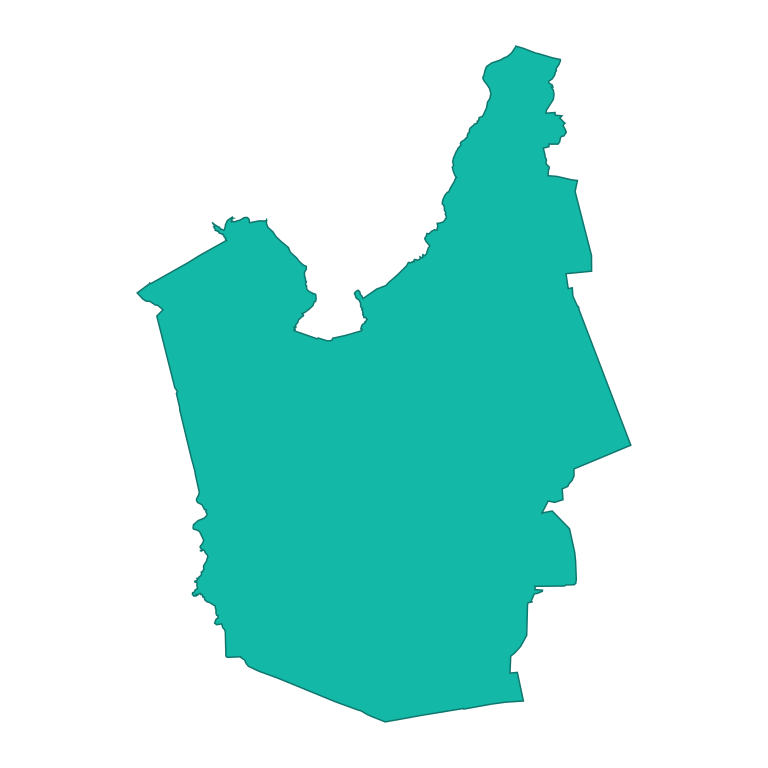 outline of Lunca Corbului, Arges, Romania
{"feature_id": "2599482B7235716813280", "entity_name": "Lunca Corbului", "entity_type": "district", "adm_level": 2, "iso_a3": "ROU", "parent_name": "Romania", "parent_adm1": "Arges", "projection": "mercator", "projection_center": [24.731, 44.682], "detail": "fine", "context": "isolated", "style": "filled", "palette": "teal", "viewbox_px": 768, "rotation_deg": 0, "n_neighbors": 0, "source": "geoboundaries", "source_scale": "gbopen_adm2", "svg_char_len": 6091}
<svg xmlns="http://www.w3.org/2000/svg" viewBox="0 0 768 768"><path d="M463.7,709.1L490.8,704.2L505.4,702.2L523.4,701.0L517.3,672.4L510.0,673.1L510.7,656.2L515.0,652.7L520.7,646.3L526.7,635.4L527.5,604.8L528.1,602.7L532.7,601.8L530.8,601.7L534.4,593.8L537.4,593.4L542.3,591.3L542.5,590.2L535.3,589.6L534.8,586.3L564.5,586.0L566.0,585.0L574.3,584.7L575.8,583.2L576.3,579.3L575.6,561.3L574.7,552.3L569.5,528.7L552.2,511.0L542.0,513.0L548.2,501.0L554.6,502.4L563.0,499.7L562.2,488.9L567.8,486.4L568.9,483.9L572.1,480.4L574.0,475.9L574.0,468.9L630.8,445.2L579.2,310.2L578.5,306.8L577.2,305.7L572.9,296.2L572.3,287.8L568.2,288.6L566.0,273.7L591.6,271.2L591.5,255.5L575.1,191.5L577.4,180.5L571.6,179.8L556.9,176.4L548.0,175.7L548.5,169.9L549.1,168.8L549.2,167.2L548.9,166.5L546.6,164.6L545.9,162.1L546.5,160.4L546.2,159.0L544.9,156.6L545.0,154.9L543.3,148.1L549.0,146.7L548.9,144.1L558.0,144.1L559.6,142.0L560.5,137.7L561.7,136.3L563.8,136.0L566.2,132.5L566.0,131.8L565.6,131.8L565.8,130.5L563.2,125.9L563.7,124.2L565.0,123.3L559.9,118.2L561.9,115.8L555.2,115.2L555.0,112.5L545.9,113.2L546.5,110.1L553.0,100.0L553.5,98.4L554.0,94.2L553.3,90.1L551.4,87.2L552.9,87.1L552.3,85.1L548.8,82.9L548.6,81.3L552.0,79.1L553.9,76.4L555.1,74.0L555.0,72.9L556.4,70.6L556.1,69.1L556.4,68.2L558.8,64.8L560.4,60.8L560.3,59.5L552.0,57.7L537.3,53.3L536.4,53.4L523.6,48.4L515.8,46.1L515.5,47.1L511.6,52.9L508.8,55.4L506.0,57.3L504.7,57.5L500.2,60.1L491.8,62.9L486.6,66.5L485.2,69.7L483.9,75.4L483.0,76.8L482.9,78.3L484.2,81.1L486.8,84.3L489.4,88.2L491.0,94.0L490.3,95.9L490.1,98.1L487.5,102.2L486.5,108.0L483.1,115.4L482.1,116.6L479.2,117.5L478.5,120.9L477.3,121.1L477.2,123.1L474.3,124.2L473.9,125.0L470.1,128.2L469.3,130.4L469.4,132.3L468.2,133.0L467.3,135.2L467.4,137.3L466.3,137.7L464.4,139.9L461.3,141.8L460.4,143.3L460.9,145.2L457.9,148.4L457.3,150.2L456.5,151.0L453.5,157.9L452.7,161.8L453.6,165.6L452.3,167.2L453.5,171.8L455.1,175.8L456.5,177.4L455.8,177.7L454.2,181.7L450.2,188.3L448.7,192.0L447.3,192.3L444.9,195.3L443.0,199.4L442.4,202.0L442.3,204.1L443.6,205.1L444.2,206.8L444.5,210.4L445.7,212.4L445.7,213.4L445.2,214.1L446.0,215.7L446.4,217.6L446.0,218.7L445.2,219.0L445.1,219.8L443.2,222.0L438.7,223.3L437.2,223.3L437.8,226.5L437.1,228.4L437.4,229.7L437.1,230.0L436.6,230.3L434.6,229.7L431.4,231.4L429.1,233.8L426.9,233.5L426.6,235.2L424.7,238.6L425.9,241.2L429.6,245.7L429.6,246.6L428.4,247.7L427.0,251.7L426.5,253.9L424.5,255.7L423.0,254.6L422.6,255.8L423.0,257.3L422.3,257.9L420.0,256.9L420.4,258.5L419.7,259.3L417.0,260.3L416.0,259.6L414.7,259.5L413.9,260.2L414.3,261.7L412.5,261.7L410.5,263.0L409.4,262.3L408.3,262.6L406.7,265.7L398.0,274.4L388.7,282.5L386.0,285.5L376.6,289.1L363.1,298.5L361.5,295.5L360.4,294.7L359.9,292.1L358.3,290.3L357.3,290.5L355.0,292.4L354.4,293.7L355.2,295.0L355.9,297.3L356.4,298.2L358.9,299.9L360.6,303.2L360.6,305.8L360.9,306.9L361.5,307.9L362.6,308.4L362.7,308.8L361.9,309.2L361.8,309.8L362.6,310.9L362.9,313.3L363.3,313.4L362.7,314.6L363.7,316.1L363.9,317.6L365.4,317.3L367.2,319.4L366.4,319.9L365.5,322.1L364.9,322.0L365.0,322.9L362.7,324.3L361.8,325.5L360.8,329.0L362.0,329.3L361.5,330.8L345.2,335.5L332.5,338.3L332.1,340.2L330.0,340.8L327.1,340.8L318.2,338.0L317.2,338.8L295.0,331.1L294.9,330.3L294.1,330.4L294.0,329.6L295.1,329.3L294.2,327.3L295.8,327.4L296.0,326.8L295.4,326.2L295.9,324.6L297.6,322.8L298.4,320.1L301.8,316.8L303.4,315.9L303.5,314.9L302.0,313.6L304.9,312.4L309.0,309.3L313.0,305.5L314.2,301.9L315.6,301.4L316.1,299.0L315.8,294.9L315.1,294.0L313.1,293.8L313.2,293.5L309.2,291.5L307.0,289.6L306.6,288.1L306.6,285.8L305.6,284.8L305.6,283.4L306.2,282.5L306.4,281.5L305.5,280.8L305.3,277.6L304.7,276.8L304.4,273.3L304.7,271.8L306.3,269.4L306.3,266.4L303.5,265.1L300.8,262.9L298.5,260.5L296.8,258.1L290.7,252.6L289.9,251.3L288.4,247.5L281.3,241.7L275.9,236.5L273.0,231.9L267.8,227.2L266.5,223.6L266.4,221.9L266.7,220.1L266.6,219.8L266.3,220.5L264.8,221.0L259.0,220.9L249.9,222.7L249.5,222.6L249.1,219.4L247.5,217.6L245.9,217.4L243.8,217.8L240.2,220.1L236.8,220.9L234.6,222.0L232.5,221.2L232.5,221.7L231.4,221.9L231.1,221.5L231.7,220.9L231.8,220.1L231.5,219.1L233.4,218.3L232.3,218.1L232.2,217.2L227.4,220.5L225.3,225.2L225.3,226.7L224.2,229.9L223.6,230.3L221.8,229.2L220.7,229.4L219.5,227.2L218.9,227.3L214.7,224.7L212.2,222.4L214.7,225.9L214.7,226.5L213.8,226.9L214.3,227.2L214.3,228.1L215.8,229.9L215.4,230.4L218.2,231.4L218.8,230.5L218.4,231.7L219.1,232.9L222.0,233.9L222.3,234.5L222.9,234.2L223.7,235.1L224.1,236.8L225.7,238.1L225.4,238.3L225.6,239.8L226.5,240.4L199.4,255.6L188.0,262.7L150.7,283.7L149.8,283.0L149.4,283.8L137.2,292.9L142.7,298.9L146.0,301.1L150.0,301.4L155.3,305.0L157.6,305.2L163.0,309.8L156.8,316.1L174.8,387.7L177.4,391.6L176.4,393.4L179.6,407.3L179.9,410.6L191.2,457.5L194.9,471.1L195.2,473.7L199.4,492.8L198.6,495.1L196.6,498.7L196.5,500.5L197.6,502.5L202.0,504.7L204.6,509.7L206.3,509.7L206.5,510.2L205.8,511.7L207.2,514.3L206.4,516.0L203.9,518.3L198.1,520.6L193.4,524.8L193.1,528.0L193.4,529.0L197.2,530.1L199.6,531.6L203.5,539.8L203.4,541.5L201.9,544.3L200.2,546.3L200.3,547.8L202.0,549.4L200.5,550.7L201.2,551.1L203.5,550.1L204.4,550.5L205.3,552.9L207.1,554.6L207.9,556.8L206.9,559.2L206.6,560.9L203.6,565.7L203.5,567.3L203.9,569.2L203.1,570.2L202.8,571.5L201.3,572.0L201.5,574.1L200.8,575.6L198.7,577.3L198.4,578.5L196.9,578.4L197.5,579.7L197.2,580.4L194.7,581.3L194.8,581.9L197.1,582.8L196.9,585.6L197.6,588.5L195.4,589.7L194.1,592.2L192.6,592.7L192.4,594.3L193.7,596.0L196.0,596.0L196.3,595.8L196.1,595.1L196.3,594.5L197.7,595.1L199.4,593.6L200.4,593.4L200.8,594.6L202.3,594.6L202.8,597.0L204.4,597.3L204.6,599.7L206.1,600.8L206.5,601.6L209.6,602.5L215.4,606.2L215.3,607.9L216.0,609.8L216.0,613.3L216.6,615.1L218.1,615.7L217.9,616.7L218.2,617.8L216.1,619.2L214.6,623.1L216.6,624.7L221.7,623.9L222.7,627.5L224.6,629.8L225.3,631.7L225.9,655.6L226.2,656.6L227.3,657.3L240.6,656.8L240.6,657.3L244.6,660.0L246.0,663.2L248.5,666.4L259.3,671.4L277.4,678.0L335.7,701.9L358.2,710.1L360.9,710.8L367.4,714.6L372.1,716.7L385.2,721.9L420.7,715.5L463.3,708.5L463.7,709.1Z" fill="#14b8a6" stroke="#0f766e" stroke-width="1.5"/></svg>